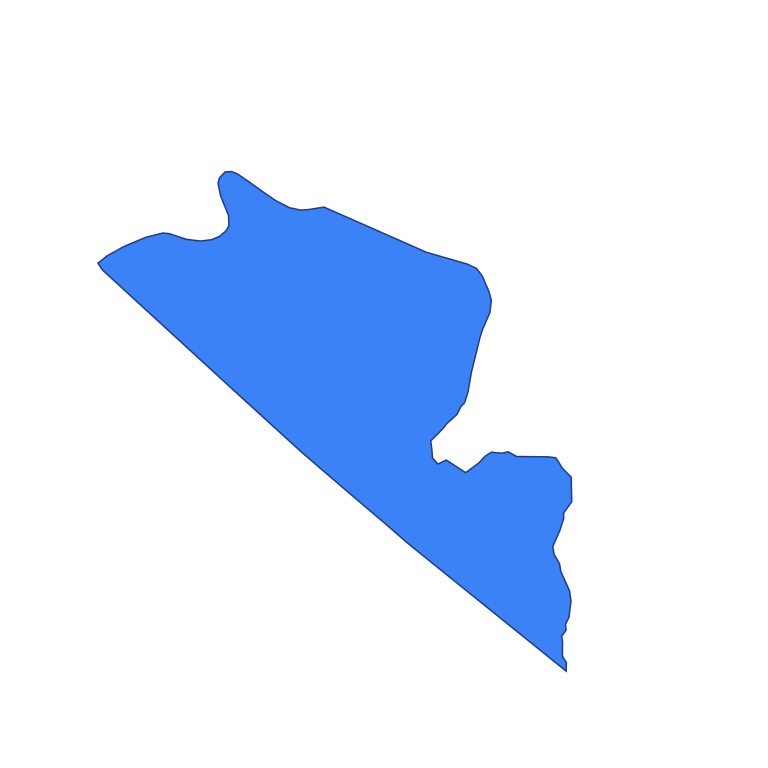 the district of Duque Bacelar, Maranhão, Brazil, rotated 212°
{"feature_id": "56859067B60806377662282", "entity_name": "Duque Bacelar", "entity_type": "district", "adm_level": 2, "iso_a3": "BRA", "parent_name": "Brazil", "parent_adm1": "Maranhão", "projection": "mercator", "projection_center": [-43.029, -4.104], "detail": "fine", "context": "isolated", "style": "filled", "palette": "blue", "viewbox_px": 768, "rotation_deg": 212, "n_neighbors": 0, "source": "geoboundaries", "source_scale": "gbopen_adm2", "svg_char_len": 1232}
<svg xmlns="http://www.w3.org/2000/svg" viewBox="0 0 768 768"><g transform="rotate(212 384 384)"><path d="M77.4,237.0L81.7,244.4L88.4,247.7L96.1,260.2L99.7,264.3L99.1,271.8L102.7,276.2L103.5,284.1L110.4,299.1L117.2,307.0L134.9,318.9L139.9,324.6L149.4,329.6L154.7,335.5L156.0,343.8L157.3,353.3L160.3,365.0L163.3,369.9L162.4,383.6L175.8,404.1L188.7,407.3L194.1,410.1L199.2,412.4L205.7,409.5L233.1,392.8L242.9,392.3L247.3,387.8L256.9,383.0L260.1,376.0L261.8,367.1L267.8,352.1L290.9,352.5L295.9,344.7L303.7,347.0L308.3,353.3L314.2,360.5L310.4,377.3L309.8,383.4L306.0,396.9L306.8,405.6L305.7,410.9L308.7,422.2L316.1,440.3L327.3,474.5L329.3,482.1L332.0,500.5L337.1,511.5L343.3,517.5L357.8,527.6L366.7,531.0L376.7,529.9L418.1,518.1L438.0,515.3L528.6,502.2L539.8,492.5L546.6,487.4L552.3,485.4L557.4,483.4L573.3,482.1L586.3,482.7L591.7,483.0L605.0,483.9L619.4,484.5L626.0,483.3L631.1,479.7L632.8,471.7L631.1,466.2L622.2,456.9L605.0,444.4L599.3,435.9L599.1,430.2L601.7,422.1L606.7,415.0L615.4,408.0L628.1,402.0L645.5,397.8L651.5,394.9L663.8,382.1L677.6,362.5L687.0,345.3L690.6,334.9L682.9,331.4L505.5,298.5L417.3,282.4L362.8,274.1L303.7,265.4L280.2,261.6L167.5,247.9L77.4,237.0Z" fill="#3b82f6" stroke="#1e3a8a" stroke-width="1.5"/></g></svg>